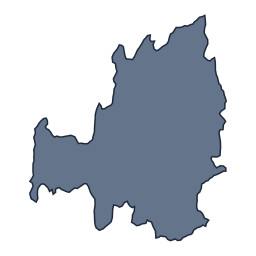 the district of Arataca, Bahia, Brazil
{"feature_id": "56859067B63657419355760", "entity_name": "Arataca", "entity_type": "district", "adm_level": 2, "iso_a3": "BRA", "parent_name": "Brazil", "parent_adm1": "Bahia", "projection": "equal_earth", "projection_center": [-39.425, -15.232], "detail": "fine", "context": "isolated", "style": "filled", "palette": "slate", "viewbox_px": 256, "rotation_deg": 0, "n_neighbors": 0, "source": "geoboundaries", "source_scale": "gbopen_adm2", "svg_char_len": 3504}
<svg xmlns="http://www.w3.org/2000/svg" viewBox="0 0 256 256"><path d="M208.7,220.1L206.4,218.9L204.5,218.2L203.5,215.5L201.8,212.7L200.0,211.2L197.7,210.6L196.7,207.3L196.7,204.2L197.2,200.8L197.0,197.2L197.4,194.1L199.8,191.9L201.3,188.3L201.7,183.9L203.9,182.9L205.8,181.2L208.0,180.6L209.8,178.5L212.2,177.2L213.8,175.5L216.7,174.6L220.3,172.9L223.5,171.2L225.9,171.1L225.8,168.0L223.3,166.0L220.1,165.8L216.8,167.9L214.7,165.8L213.2,162.4L211.5,160.2L211.2,157.5L213.1,156.5L215.0,157.0L217.6,156.8L220.0,155.5L220.6,147.2L220.4,141.4L219.5,136.0L219.0,132.9L219.9,129.9L223.0,129.6L223.4,124.8L225.6,121.4L224.0,119.0L221.4,116.3L219.4,113.7L221.3,111.0L224.8,108.7L224.9,103.3L226.2,101.2L225.4,98.2L224.3,95.1L223.5,91.2L221.6,89.5L220.8,85.6L218.8,83.3L218.1,80.1L217.4,77.3L216.2,74.4L215.4,69.8L215.4,67.1L215.3,62.3L214.5,57.6L212.4,58.8L209.9,60.9L207.6,60.2L205.6,58.3L203.7,56.6L204.1,52.6L206.2,47.3L207.8,43.9L207.7,39.8L205.8,36.1L204.2,32.8L204.6,28.0L205.6,24.7L205.3,20.5L204.8,15.4L202.4,16.6L199.4,17.3L196.7,20.2L194.4,21.9L192.8,24.1L190.7,24.6L187.5,26.1L184.6,25.7L181.8,27.2L178.9,27.5L176.2,27.5L174.2,30.5L172.9,32.7L170.5,34.0L169.4,37.3L168.4,41.5L166.6,44.2L162.8,46.4L160.7,48.2L158.8,49.7L156.4,50.7L154.1,48.9L153.1,44.7L154.5,41.1L151.2,41.5L149.8,39.5L150.3,35.0L147.5,35.6L145.6,38.1L143.9,39.8L141.9,43.5L139.5,47.3L137.6,49.8L136.5,52.2L134.9,55.9L132.6,59.6L129.7,59.2L126.1,58.9L124.8,55.0L124.1,51.2L123.4,46.9L121.6,45.3L119.3,44.9L117.5,48.7L113.7,53.4L112.1,57.2L112.7,62.2L115.4,63.6L115.9,67.8L117.0,71.6L115.2,75.3L113.4,78.7L113.9,81.6L115.7,83.6L115.4,86.5L114.1,89.0L113.8,92.9L113.0,97.2L112.7,100.4L112.5,103.2L110.7,105.3L107.5,106.8L104.5,108.8L101.9,108.9L101.1,105.9L99.2,103.4L97.4,107.4L96.4,110.1L95.3,114.6L95.2,118.6L94.9,122.6L94.6,126.6L94.4,132.1L93.0,136.8L92.4,139.9L89.8,141.7L87.9,143.6L84.7,143.8L81.5,143.2L78.4,143.5L76.9,140.8L74.8,136.8L70.8,135.3L68.4,135.8L65.0,136.4L61.9,137.0L59.7,137.0L57.0,136.1L54.7,137.0L52.5,135.5L50.6,132.1L48.5,129.6L46.5,128.8L45.3,126.5L47.5,124.1L47.4,120.9L46.3,118.2L43.7,118.5L41.2,120.7L39.2,122.9L37.3,126.3L34.8,128.9L35.4,133.3L33.8,137.4L34.7,141.3L35.4,144.5L34.5,147.2L33.8,150.0L34.1,153.8L33.8,157.4L34.1,160.5L33.1,163.6L33.0,168.0L33.0,171.9L33.5,175.3L31.9,178.4L29.9,181.4L32.3,183.1L33.1,186.1L31.7,189.3L29.8,193.3L31.1,198.7L33.8,200.4L36.1,202.1L37.8,198.7L37.4,194.4L37.5,191.1L38.0,188.2L39.9,185.5L41.5,183.9L44.3,184.2L47.9,187.8L49.6,191.5L51.9,189.5L53.2,194.2L55.6,192.3L55.5,189.1L58.9,187.4L61.6,189.5L65.1,191.0L67.2,191.9L69.4,192.2L72.1,189.8L74.9,187.9L77.2,188.5L80.2,186.5L84.3,183.6L86.8,183.9L88.5,186.7L90.4,192.2L92.4,195.7L94.9,199.0L95.1,204.7L94.2,211.1L94.5,216.1L94.7,221.6L95.2,225.1L96.1,227.7L99.4,230.3L103.1,228.8L106.5,225.8L109.5,223.4L111.2,221.6L112.3,217.6L112.5,213.3L112.7,209.3L113.6,205.0L116.8,205.6L119.4,207.1L122.0,206.2L124.5,202.5L127.4,201.3L128.4,204.0L130.1,206.2L132.2,207.6L134.5,206.6L134.3,211.0L132.5,215.1L132.3,218.2L131.6,222.3L134.4,223.9L136.5,225.6L139.0,225.3L141.4,224.1L143.5,223.6L145.8,223.4L147.3,220.0L149.1,221.3L151.5,222.0L152.7,225.6L153.9,228.1L155.4,230.9L155.7,234.6L155.9,238.0L158.8,237.3L160.7,235.9L163.2,236.5L165.7,236.7L167.8,239.4L170.3,240.6L173.1,239.8L175.1,238.9L177.6,240.5L180.7,240.1L182.9,237.7L186.1,236.2L188.1,235.0L190.2,234.6L192.1,233.6L193.9,229.9L197.2,227.8L200.4,226.8L202.8,225.1L205.7,226.3L206.4,223.4L208.7,220.1Z" fill="#64748b" stroke="#1e293b" stroke-width="1.5"/></svg>